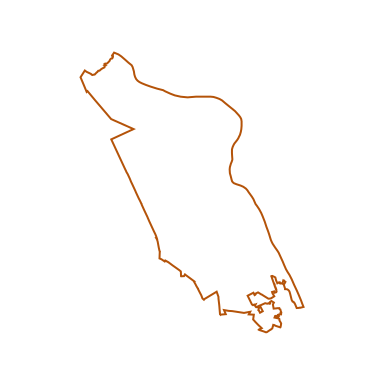 the district of Jersikas pag., Livanu, Latvia, rotated 166°
{"feature_id": "27541924B79082278774679", "entity_name": "Jersikas pag.", "entity_type": "district", "adm_level": 2, "iso_a3": "LVA", "parent_name": "Latvia", "parent_adm1": "Livanu", "projection": "mercator", "projection_center": [26.237, 56.273], "detail": "fine", "context": "isolated", "style": "outline", "palette": "amber", "viewbox_px": 384, "rotation_deg": 166, "n_neighbors": 0, "source": "geoboundaries", "source_scale": "gbopen_adm2", "svg_char_len": 5495}
<svg xmlns="http://www.w3.org/2000/svg" viewBox="0 0 384 384"><g transform="rotate(166 192 192)"><path d="M139.1,39.3L138.8,39.5L138.1,40.9L137.3,42.9L137.5,43.8L137.9,45.2L138.0,45.5L138.2,46.1L138.0,47.3L138.0,47.9L138.5,48.3L138.9,48.5L142.3,50.2L141.3,51.6L140.4,51.5L138.2,50.2L137.6,50.6L137.7,51.0L137.8,51.3L138.1,51.3L138.2,52.0L136.6,52.2L135.2,51.7L134.9,52.3L135.2,53.4L134.5,53.7L134.7,54.9L134.7,55.0L134.7,56.7L135.4,57.3L135.6,57.8L135.5,58.2L136.8,58.5L137.2,58.6L138.4,58.7L141.0,59.1L140.7,63.3L139.3,64.9L140.2,65.8L141.3,67.0L142.7,66.5L143.6,65.9L143.1,65.5L143.0,65.2L143.3,64.8L143.5,64.7L144.0,64.9L144.0,65.2L144.3,65.5L145.4,65.5L146.0,65.4L147.9,66.4L153.5,65.4L153.6,65.2L152.2,59.2L155.2,58.4L155.9,61.4L156.1,61.5L154.9,63.5L156.1,64.2L155.5,65.1L157.6,64.7L157.9,65.1L158.2,65.8L158.4,66.9L157.9,67.0L157.5,67.5L158.9,67.3L159.0,67.7L160.3,67.5L160.9,68.2L161.1,68.5L161.2,69.1L163.1,77.9L156.8,79.4L156.2,76.8L155.5,77.0L154.7,77.7L154.7,78.1L153.6,78.3L152.8,78.5L152.2,78.6L149.5,75.8L149.2,75.7L148.9,75.4L147.7,74.1L147.3,73.7L143.7,70.0L142.7,69.8L141.7,69.7L141.1,69.7L139.5,70.2L138.6,70.5L137.4,70.9L138.4,74.1L138.5,75.6L136.3,75.7L136.2,74.3L134.5,74.4L134.0,75.0L134.0,75.6L134.0,76.4L134.1,77.2L133.8,77.3L134.0,79.1L134.3,79.1L134.5,81.0L134.5,81.7L134.2,81.8L134.3,82.7L134.6,82.6L135.2,89.0L135.2,89.7L135.4,91.1L135.0,91.2L134.5,91.1L134.3,91.1L134.1,90.9L132.5,89.6L131.8,88.9L131.8,86.7L131.8,86.0L131.3,82.8L130.7,83.0L129.5,83.3L129.2,83.3L128.9,83.2L129.0,83.0L129.0,82.2L128.4,81.8L127.8,82.0L126.6,81.2L125.6,82.7L125.5,82.9L124.8,84.1L124.4,83.6L124.0,83.3L123.9,83.4L123.6,82.9L123.4,82.2L123.2,82.1L123.4,81.8L124.4,80.8L125.1,80.1L125.4,79.8L125.3,79.1L125.2,77.7L125.1,76.1L125.0,75.4L125.1,75.2L123.8,74.8L123.3,74.6L122.6,74.0L122.1,73.3L121.7,72.5L121.5,71.8L121.4,69.8L121.4,63.2L121.3,62.7L120.9,61.3L120.7,61.3L120.3,61.0L120.0,60.8L119.8,60.0L119.5,59.6L119.4,59.5L119.4,59.2L119.2,58.7L118.9,56.9L118.5,54.1L116.4,53.7L115.3,53.7L115.1,53.5L111.6,53.5L112.1,57.2L112.4,60.1L113.3,66.1L114.1,70.8L115.4,77.3L116.4,83.3L117.5,88.0L118.6,91.2L119.5,94.4L120.3,99.1L120.8,102.5L122.0,108.9L122.6,112.1L123.3,114.2L124.8,118.1L126.3,122.4L126.8,124.7L127.1,126.7L127.4,132.4L127.7,135.9L128.2,140.1L128.6,145.7L129.3,151.1L129.9,154.8L131.0,159.1L132.4,163.0L133.2,164.8L133.6,167.0L134.1,170.1L135.0,172.9L137.1,178.1L137.8,180.2L138.9,182.3L141.0,184.7L143.3,186.5L147.0,188.8L149.2,190.4L150.0,191.5L150.5,192.6L150.6,194.5L150.6,198.2L150.7,201.0L150.0,204.8L149.2,207.0L147.4,210.1L146.2,211.7L145.2,213.3L144.9,214.1L144.4,217.0L143.8,220.2L142.9,223.7L141.6,225.9L139.9,228.0L139.1,228.8L135.6,231.5L134.1,232.9L132.9,234.4L131.6,235.9L130.1,238.5L129.0,240.9L127.9,244.1L126.8,248.5L126.6,250.8L127.0,252.7L127.9,254.9L130.7,260.1L138.2,270.1L140.7,273.6L142.8,275.6L145.4,277.4L148.1,279.0L150.6,279.9L164.9,283.5L170.9,284.5L173.4,284.9L179.9,287.2L185.3,289.9L189.3,292.7L193.7,296.2L195.4,297.8L200.8,300.7L206.7,304.3L210.9,307.1L214.3,309.6L216.4,311.4L217.9,313.2L218.9,315.2L219.4,317.6L219.5,320.1L219.2,323.0L219.3,325.7L219.4,327.6L219.9,329.6L222.4,332.9L224.7,336.3L227.8,340.7L230.1,343.3L233.9,346.1L235.4,344.7L235.7,344.5L236.6,343.7L236.5,343.2L236.3,343.1L236.0,343.2L235.8,343.1L236.0,342.2L236.4,342.0L236.6,341.9L236.7,341.3L237.1,340.9L238.1,341.0L238.6,340.9L238.9,340.7L239.5,340.2L240.4,339.0L241.1,338.6L242.2,337.9L243.4,337.3L244.2,337.1L244.3,337.1L244.6,337.4L245.2,337.1L245.4,337.0L245.3,337.4L245.4,337.5L245.6,337.4L245.7,337.1L246.0,337.1L245.9,336.6L245.8,336.2L245.7,336.2L245.8,335.9L245.7,335.8L245.9,335.8L245.8,335.7L246.0,335.6L246.1,335.4L246.3,335.3L246.3,335.1L246.4,334.9L246.6,334.6L246.6,334.4L246.8,334.1L248.7,333.7L250.3,333.2L252.4,332.1L253.6,332.3L253.9,332.1L254.8,331.3L254.9,331.2L255.2,331.2L255.4,331.2L257.8,329.6L258.2,329.7L258.7,329.5L259.6,329.7L260.3,329.6L260.7,329.9L261.0,330.1L261.3,330.8L261.8,331.3L265.3,334.2L266.6,335.8L272.4,330.3L271.0,321.3L270.0,314.6L269.0,315.2L263.9,304.6L260.8,298.4L252.8,282.3L233.5,267.2L257.6,262.6L251.2,229.5L251.1,229.3L250.7,226.9L250.2,225.4L250.0,224.5L249.1,219.9L248.7,216.9L248.0,213.5L247.1,208.8L246.7,206.7L246.5,205.3L245.1,198.1L244.9,197.5L244.8,197.0L244.2,194.2L244.1,193.4L244.0,193.1L243.8,192.7L243.9,192.1L242.8,186.1L241.2,178.1L241.2,177.6L241.1,177.3L240.6,174.2L238.5,163.2L237.9,160.4L237.7,159.3L237.6,158.6L237.5,157.7L237.3,155.5L237.8,155.7L237.4,154.3L237.4,153.4L237.3,152.4L237.7,146.0L237.8,142.7L237.6,142.2L237.6,141.8L237.7,141.7L237.8,141.6L239.6,135.4L237.9,134.1L235.3,131.2L234.5,132.0L233.2,130.8L233.3,130.8L232.3,129.9L231.2,128.7L228.1,124.9L227.9,124.7L223.2,119.2L222.1,117.7L222.1,117.3L222.6,114.9L223.0,113.0L223.0,112.9L222.8,112.8L220.1,112.3L218.8,113.7L214.9,109.0L211.7,105.1L211.9,105.1L210.9,101.5L210.5,99.7L210.4,99.3L210.2,98.7L209.8,97.3L209.6,97.0L209.7,96.9L209.3,95.0L208.5,91.6L208.0,89.6L207.6,86.2L206.5,84.6L205.9,85.1L192.2,89.3L191.7,83.9L192.1,82.1L192.9,75.9L193.2,73.9L193.4,72.8L194.4,66.6L194.0,66.0L193.9,66.1L188.8,65.3L189.5,69.7L185.2,67.8L181.8,66.7L170.8,62.1L164.5,61.7L166.5,59.5L161.7,58.0L163.1,54.5L163.5,53.5L162.8,52.2L162.4,51.5L162.3,51.2L160.7,48.4L159.7,46.7L157.3,43.0L160.2,42.4L160.5,42.2L160.1,41.8L156.2,39.4L154.2,38.0L153.4,37.9L153.0,38.0L149.0,39.5L148.9,39.4L147.1,40.2L146.0,42.2L145.9,42.2L145.4,43.0L145.5,43.0L145.3,43.4L143.8,42.5L143.5,42.1L139.1,39.3Z" fill="none" stroke="#b45309" stroke-width="2"/></g></svg>